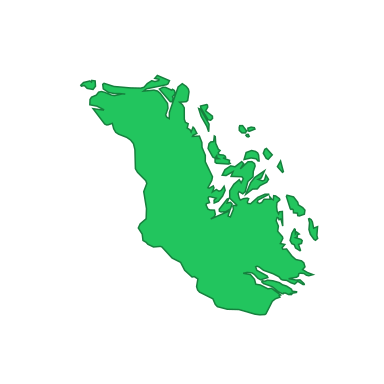 the County of Stockholm, rotated 292°
{"feature_id": "SWE-194", "entity_name": "Stockholm", "entity_type": "County", "adm_level": 1, "iso_a3": "SWE", "parent_name": "Sweden", "parent_adm1": "", "projection": "albers", "projection_center": [18.361, 59.539], "detail": "fine", "context": "isolated", "style": "filled", "palette": "green", "viewbox_px": 384, "rotation_deg": 292, "n_neighbors": 0, "source": "natural_earth", "source_scale": "10m", "svg_char_len": 6143}
<svg xmlns="http://www.w3.org/2000/svg" viewBox="0 0 384 384"><g transform="rotate(292 192 192)"><path d="M232.2,69.0L234.7,79.1L235.3,79.1L236.0,71.8L234.6,64.6L239.6,62.8L242.3,63.3L246.0,67.0L249.6,68.0L251.2,70.3L251.7,73.8L251.6,81.1L252.3,84.1L257.0,90.9L257.8,93.5L256.2,88.1L254.1,82.8L253.1,77.2L254.4,71.1L258.4,68.9L259.8,69.7L260.6,80.1L265.4,95.8L269.1,105.6L271.2,108.3L275.8,109.9L280.1,113.0L280.5,116.3L282.9,119.4L284.1,119.2L283.4,114.9L287.1,116.2L286.8,129.4L283.3,129.2L281.9,128.1L270.6,111.1L267.4,109.3L272.2,118.6L272.7,122.2L271.5,125.7L265.0,136.1L260.7,138.3L253.6,138.7L251.9,140.5L251.5,143.4L257.4,141.2L284.2,139.8L288.8,142.4L287.7,147.2L286.0,150.1L283.7,151.7L275.3,153.7L273.6,152.8L270.6,146.9L269.3,150.5L267.1,153.3L256.6,157.6L254.1,159.8L253.9,162.9L249.5,163.6L248.9,167.0L247.3,168.7L252.5,168.7L251.8,170.3L248.1,174.6L245.1,171.7L243.7,171.6L246.6,177.9L241.6,182.6L237.1,184.6L231.0,190.6L225.0,193.0L213.8,205.3L210.1,206.0L201.9,205.1L201.9,206.5L205.6,209.4L204.1,210.8L199.7,210.9L203.4,213.7L202.8,216.7L204.5,218.5L209.3,219.6L206.0,222.1L199.6,221.9L193.3,219.9L190.1,216.7L192.7,215.5L195.3,216.7L194.5,210.7L193.9,209.4L192.5,209.1L188.7,212.2L186.6,209.7L185.2,209.9L182.1,213.2L182.1,215.5L183.6,219.6L180.0,222.0L177.5,221.9L174.0,219.5L188.7,234.0L183.2,234.4L183.2,236.9L191.5,236.9L194.1,235.3L195.2,235.7L196.0,238.4L196.7,238.4L200.4,229.3L207.2,226.5L214.9,227.9L221.1,231.2L218.9,234.1L223.5,234.7L224.8,232.5L221.1,222.4L226.3,222.4L220.0,217.4L218.9,213.7L225.1,214.2L230.7,218.1L231.5,222.4L238.8,226.7L237.6,229.3L231.5,228.1L241.0,232.6L242.6,236.1L241.8,239.3L239.7,240.8L234.1,241.1L228.9,242.9L222.6,239.9L212.2,241.2L209.3,239.8L210.0,235.4L207.9,235.3L204.3,237.8L202.6,239.8L205.2,242.3L207.0,245.6L207.0,247.1L203.4,247.0L202.3,248.0L203.0,250.7L211.8,255.1L217.3,260.5L218.9,264.4L209.1,256.1L206.7,256.5L206.7,259.0L208.4,260.6L212.3,261.6L214.6,267.3L216.7,265.9L215.2,268.8L215.2,270.3L219.2,269.1L219.7,271.0L218.6,275.5L217.6,276.4L214.0,274.7L209.9,276.0L206.0,278.2L204.1,280.5L206.4,280.4L207.8,283.1L194.4,288.9L200.3,284.5L198.9,283.1L200.3,281.8L200.3,280.5L196.9,280.7L192.7,284.9L187.7,286.1L184.4,292.6L183.0,293.6L177.3,293.2L178.1,297.7L174.1,296.4L172.9,297.7L174.6,301.0L170.0,308.7L168.3,313.5L169.2,319.3L168.2,322.2L164.9,324.8L161.5,323.6L160.6,329.0L160.7,335.1L158.1,331.7L157.7,329.2L158.4,326.4L157.3,322.8L156.3,321.6L154.0,322.1L152.2,320.9L147.8,314.0L149.3,321.4L151.0,325.1L149.1,330.1L148.3,330.7L147.8,329.7L148.8,323.5L145.1,321.7L144.9,317.8L145.5,313.0L144.4,309.0L144.4,307.4L146.0,304.3L146.6,297.8L146.2,287.6L147.6,282.6L147.6,280.2L146.5,279.0L143.7,281.4L142.3,293.1L141.1,294.4L136.3,288.5L136.7,285.4L138.9,280.7L139.5,277.8L138.1,273.2L135.8,269.9L137.3,277.1L134.4,282.7L130.4,285.7L131.4,290.2L130.7,298.7L132.5,301.7L129.7,312.7L128.7,311.6L127.4,312.9L124.3,309.4L120.8,307.4L106.8,306.2L105.7,305.5L103.5,300.8L102.3,296.2L100.6,279.5L96.5,268.6L95.2,258.5L96.5,255.7L100.8,251.4L102.0,236.5L103.3,233.9L106.0,231.7L113.6,230.0L114.4,225.8L113.2,223.9L116.7,214.5L122.5,207.8L123.3,198.3L129.8,184.6L129.7,183.0L126.6,176.9L127.0,170.7L128.2,168.2L128.7,164.7L134.3,161.6L138.5,155.7L143.1,155.9L150.0,159.5L159.6,156.0L174.3,147.1L183.0,146.9L185.2,144.9L189.8,134.2L192.4,130.8L209.9,123.2L214.9,119.6L217.2,115.6L218.2,111.1L218.1,102.2L218.8,98.9L221.3,95.7L225.8,92.4L222.9,89.1L222.2,87.7L222.3,85.6L232.2,69.0ZM246.1,195.7L241.5,200.4L241.0,202.5L238.3,201.6L236.8,203.1L238.0,207.3L237.6,209.5L236.5,210.3L235.6,209.7L235.1,207.9L235.4,214.9L233.4,215.4L232.8,216.7L231.6,215.4L227.8,203.9L228.3,202.2L230.8,201.2L231.9,201.8L232.9,204.1L233.1,202.1L235.0,201.3L231.9,200.5L232.2,198.2L238.4,190.6L243.2,189.7L245.4,190.6L246.9,193.2L252.3,191.7L252.1,192.8L246.1,195.7ZM140.7,307.0L139.9,310.5L140.2,315.0L139.4,319.2L139.1,320.7L137.6,322.1L138.7,326.3L138.0,326.5L135.1,321.9L135.0,322.9L134.1,322.6L133.1,320.1L133.3,316.6L132.6,314.8L131.7,314.6L131.6,313.1L131.9,309.4L134.3,301.8L133.9,292.6L134.8,290.4L136.0,290.3L136.6,293.1L138.5,294.9L140.0,300.3L140.7,307.0ZM224.6,281.3L225.5,288.0L222.1,293.9L219.9,295.4L219.0,300.5L217.5,303.5L213.5,304.5L210.0,300.5L209.7,298.9L211.9,297.7L210.7,293.9L213.5,292.5L213.7,291.0L212.9,290.4L213.3,289.4L223.2,281.2L224.6,281.3ZM219.3,251.4L217.4,247.1L210.0,242.7L222.7,242.9L229.3,244.9L238.9,251.3L231.0,251.0L228.5,248.6L228.7,253.3L230.3,254.8L235.3,254.2L232.4,258.2L229.0,257.6L223.4,252.7L219.3,251.4ZM278.8,135.0L279.9,135.4L279.5,137.8L276.7,139.5L272.9,138.2L271.9,139.5L268.2,139.8L267.6,138.0L275.2,123.2L278.3,126.0L279.1,128.3L278.8,135.0ZM194.1,303.9L193.2,307.2L191.5,305.6L189.9,306.4L188.4,305.0L188.9,310.8L188.2,312.4L185.3,312.8L183.3,310.4L178.6,314.4L178.0,314.1L178.9,309.0L181.4,306.6L181.5,303.9L183.8,301.1L191.3,300.1L196.1,300.8L196.0,301.7L192.0,303.5L194.1,303.9ZM207.5,312.5L210.7,310.2L211.4,310.8L211.0,312.8L209.4,314.8L204.0,318.3L206.9,321.4L198.4,324.1L196.0,325.9L193.5,324.6L193.8,322.8L197.1,317.6L201.0,314.5L207.5,312.5ZM245.7,234.0L241.6,228.1L248.9,227.4L252.8,231.7L253.4,235.7L252.8,238.2L251.2,239.9L245.9,242.6L245.5,241.7L246.8,239.0L245.7,234.0ZM184.4,224.6L186.2,223.7L198.5,227.2L199.8,228.5L194.9,228.6L196.9,231.6L195.8,233.8L190.7,234.0L186.2,230.5L184.3,226.1L184.4,224.6ZM248.8,56.0L250.4,52.3L248.7,49.8L249.3,48.9L252.9,50.4L256.7,55.7L256.3,57.6L257.9,57.3L258.7,60.6L253.9,62.9L250.0,61.8L248.8,56.0ZM274.9,167.7L278.6,172.9L278.4,173.7L276.6,174.8L272.3,174.2L270.0,182.5L267.9,183.5L265.5,182.4L265.0,179.9L273.4,168.6L274.9,167.7ZM271.9,168.8L261.3,182.4L254.1,184.9L258.3,181.3L265.6,172.1L271.9,166.9L271.9,168.8ZM258.8,243.5L260.3,244.7L256.5,252.5L250.8,250.4L251.0,248.2L254.6,243.6L258.8,243.5ZM272.5,214.0L269.1,219.7L266.8,219.4L265.5,216.1L266.8,212.8L269.5,211.6L271.4,211.4L272.5,214.0ZM247.5,261.7L253.9,262.5L245.1,269.1L244.1,268.5L247.5,261.7ZM274.3,222.5L275.0,225.7L273.9,226.8L269.8,222.5L269.7,221.1L272.1,219.9L274.3,222.5ZM264.8,220.7L266.0,221.3L266.5,222.6L265.0,224.2L264.1,223.5L264.0,222.1L264.8,220.7Z" fill="#22c55e" stroke="#15803d" stroke-width="1.5"/></g></svg>